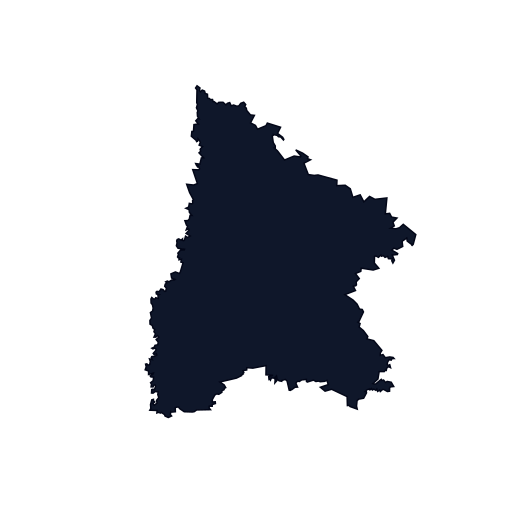 Umgungundlovu, KwaZulu-Natal, South Africa, rotated 68°
{"feature_id": "47623444B82303823139799", "entity_name": "Umgungundlovu", "entity_type": "district", "adm_level": 2, "iso_a3": "ZAF", "parent_name": "South Africa", "parent_adm1": "KwaZulu-Natal", "projection": "albers", "projection_center": [30.306, -29.53], "detail": "fine", "context": "isolated", "style": "filled", "palette": "ink", "viewbox_px": 512, "rotation_deg": 68, "n_neighbors": 0, "source": "geoboundaries", "source_scale": "gbopen_adm2", "svg_char_len": 6148}
<svg xmlns="http://www.w3.org/2000/svg" viewBox="0 0 512 512"><g transform="rotate(68 256 256)"><path d="M393.1,266.6L389.1,266.7L388.2,265.9L387.7,264.1L388.6,262.9L388.0,260.1L389.3,255.5L391.3,256.2L392.1,255.6L392.6,249.2L394.8,247.5L395.4,244.9L396.6,243.6L397.9,239.4L397.9,236.8L402.3,237.2L401.8,245.5L407.2,242.6L407.9,235.8L420.5,224.2L428.9,227.3L429.4,225.6L430.8,225.2L435.9,219.5L432.8,219.0L428.0,216.5L427.2,214.4L428.2,209.5L424.3,204.8L422.9,204.5L422.5,205.5L421.6,203.5L421.7,201.3L422.5,200.8L421.9,200.2L422.9,199.6L422.2,198.5L423.9,198.1L423.5,196.7L425.4,195.2L424.6,193.8L427.1,193.9L426.6,191.5L428.2,191.5L427.2,188.6L427.6,187.6L430.9,184.9L431.4,182.8L429.0,181.8L429.0,182.2L428.6,182.7L428.9,182.2L427.7,180.5L428.6,177.2L423.7,177.9L421.4,181.4L421.9,183.2L418.8,184.2L418.5,185.9L417.3,186.1L419.6,193.4L418.1,195.4L415.7,189.0L409.3,185.1L411.2,180.5L410.4,178.8L410.9,178.1L409.0,176.9L408.2,174.6L409.9,173.1L406.9,172.7L406.9,174.5L405.7,175.0L403.4,173.5L402.0,171.2L403.2,169.7L402.1,168.2L402.8,166.4L401.4,166.9L399.7,169.8L398.7,174.2L394.9,175.2L394.7,178.0L392.5,177.1L390.7,174.6L378.6,178.5L374.4,184.2L372.5,182.5L365.3,184.4L360.5,187.0L357.6,184.8L355.5,186.3L355.2,185.0L348.1,177.3L345.4,177.5L344.0,179.9L338.5,180.3L333.2,182.5L325.1,188.1L325.3,176.7L320.5,177.1L320.9,174.6L320.4,173.7L317.5,172.8L315.6,168.7L309.5,170.4L309.5,164.6L306.7,163.0L312.9,152.6L313.4,146.7L306.8,148.9L300.7,146.2L301.0,144.7L303.1,143.0L301.9,139.8L303.2,139.7L303.4,137.8L305.6,136.9L305.6,134.1L308.1,134.2L309.7,130.7L311.3,131.9L313.8,131.7L311.8,129.2L306.2,129.3L307.6,124.4L306.8,123.7L301.4,127.9L300.4,125.2L302.6,122.8L302.1,116.4L297.1,115.0L295.8,109.5L298.8,110.2L303.4,107.5L303.8,106.5L304.9,107.9L304.1,105.9L296.0,99.8L281.8,107.6L283.5,112.3L283.2,116.1L280.6,120.9L279.9,116.5L276.0,116.4L273.6,111.1L270.7,115.7L266.5,116.1L265.4,120.3L251.2,112.9L248.0,124.5L243.3,128.4L246.2,135.7L238.3,136.5L237.9,144.2L229.0,143.4L223.8,146.8L221.0,154.8L216.0,152.5L204.1,168.1L203.1,171.8L200.1,177.0L187.9,176.8L187.2,169.4L185.0,171.8L183.6,170.6L178.1,174.2L172.5,179.4L180.1,176.9L180.8,177.7L177.6,183.2L177.7,193.6L166.6,196.7L162.7,198.6L162.9,197.6L161.2,196.9L157.3,197.5L150.7,195.9L150.5,194.4L149.9,194.3L152.2,191.1L153.8,190.5L154.9,188.5L158.7,187.1L158.3,186.5L155.9,186.8L150.4,190.1L145.8,185.0L137.0,195.7L138.9,197.9L139.0,207.1L134.7,207.6L130.5,211.2L125.0,204.8L123.1,208.3L117.5,210.1L115.3,209.6L113.2,210.5L111.7,208.8L108.8,209.8L108.7,212.9L110.4,215.7L109.9,217.7L107.6,220.2L107.5,222.7L103.9,222.9L103.7,225.3L104.6,227.3L101.1,229.0L99.6,232.9L100.4,235.1L97.2,237.0L96.9,237.9L94.6,237.7L93.8,239.9L92.6,240.1L91.6,241.7L87.8,240.4L86.3,242.2L83.8,241.9L82.0,243.7L82.9,246.0L81.2,246.3L79.2,245.0L76.1,246.9L77.6,249.1L79.9,248.5L91.8,253.6L93.2,253.3L96.3,255.7L99.7,255.5L100.9,256.7L104.5,257.9L107.3,257.4L106.7,258.3L108.1,261.2L112.0,260.0L110.9,264.3L117.0,267.3L116.5,268.8L120.7,271.1L126.3,268.2L127.7,268.2L127.7,267.2L125.6,265.8L128.4,265.1L129.7,265.0L131.9,267.2L134.5,264.6L136.1,267.8L138.2,268.1L139.0,270.2L145.3,267.8L144.6,269.9L149.8,273.6L147.7,277.3L149.6,277.2L150.5,275.7L151.2,275.9L150.9,276.9L151.6,276.8L152.2,275.6L154.0,275.7L154.7,276.7L152.2,282.3L166.9,283.2L166.8,287.3L163.5,293.4L172.4,293.8L180.3,292.9L180.9,294.1L183.4,294.9L183.7,295.9L182.2,298.1L185.4,300.1L185.5,303.1L187.9,300.7L190.6,301.4L194.4,300.2L193.6,301.9L196.9,304.1L197.6,306.1L196.6,308.7L201.3,308.9L202.6,308.1L205.6,310.9L205.6,308.4L207.0,308.3L208.9,312.4L212.8,309.5L213.2,312.5L211.2,313.9L214.6,316.5L214.7,317.3L214.0,318.3L212.6,317.7L213.2,319.6L211.2,321.2L211.2,322.9L212.3,323.9L214.3,324.3L216.7,326.0L219.6,325.4L223.0,319.7L223.5,320.2L222.2,323.6L224.1,327.4L225.3,327.3L227.5,329.1L228.7,328.7L229.0,327.7L230.6,328.8L231.1,326.3L233.5,327.9L234.9,326.1L242.6,332.3L243.5,333.6L240.6,336.7L240.7,341.6L244.8,342.5L247.4,339.8L247.7,341.1L246.7,343.1L247.3,346.3L246.0,347.6L246.1,349.4L247.6,348.8L248.1,350.7L249.9,352.0L252.2,351.1L254.9,353.0L254.6,354.0L252.3,354.8L251.0,356.5L252.8,359.0L251.7,361.1L252.1,362.2L253.9,362.6L255.6,360.3L255.8,361.7L258.9,362.4L257.1,364.6L257.9,365.7L257.7,367.0L255.4,368.2L256.5,369.5L260.3,370.9L262.4,370.3L265.8,370.9L268.3,372.5L268.9,375.1L274.4,376.1L276.0,378.5L279.5,379.8L281.5,378.2L284.4,378.5L286.1,377.4L288.0,379.0L290.4,378.3L293.0,381.0L293.7,379.3L292.8,377.2L294.8,376.5L296.1,379.9L299.1,378.9L301.5,380.3L301.0,383.1L302.4,384.5L302.5,387.1L303.5,386.4L303.7,384.2L304.8,383.6L306.0,384.2L307.8,387.8L309.4,387.3L309.2,384.9L310.7,385.0L311.1,387.6L310.2,390.3L311.0,391.2L313.2,391.0L311.5,393.3L314.2,393.5L316.8,395.2L316.8,397.0L315.1,397.6L314.9,398.9L317.6,399.3L320.0,401.4L322.4,398.7L325.6,400.0L326.1,394.9L326.9,395.6L327.6,399.0L328.8,398.7L329.9,396.3L333.1,398.1L334.0,401.2L335.7,400.9L338.0,402.3L338.8,400.5L337.6,399.4L337.4,398.1L339.1,397.8L341.9,400.3L340.9,401.4L340.8,402.7L343.9,404.2L344.6,402.8L343.9,400.2L345.4,397.6L347.7,399.0L350.9,399.2L352.6,402.3L355.2,402.8L356.3,406.2L354.1,406.9L353.4,404.5L351.7,405.3L350.5,404.8L350.3,406.5L354.3,409.5L357.9,410.6L359.2,412.2L362.2,405.6L364.4,406.7L364.4,405.2L365.9,403.2L365.5,402.4L368.8,400.2L370.3,400.3L372.9,397.8L372.7,394.2L370.9,394.8L368.2,393.2L369.2,392.5L370.2,389.1L366.3,387.7L366.5,385.7L367.3,384.1L368.7,384.1L373.5,380.9L376.8,373.4L377.2,371.6L376.5,368.7L381.4,355.8L379.4,356.4L377.7,355.6L378.9,352.9L377.3,352.2L377.6,348.9L375.9,348.4L375.0,351.2L372.8,350.3L369.5,346.3L369.1,344.2L370.3,342.3L369.6,338.7L368.2,338.2L368.0,335.8L366.8,334.7L366.7,333.4L363.6,333.8L359.3,336.7L361.9,319.8L361.5,314.3L360.9,314.4L360.6,312.1L359.7,312.2L359.6,311.0L357.4,311.0L358.2,307.3L356.1,306.4L358.8,300.9L361.4,287.7L369.9,291.3L373.0,284.9L372.6,289.4L375.4,290.2L375.4,289.3L376.5,289.1L374.8,287.4L376.1,284.8L377.7,284.5L380.7,286.0L379.4,283.4L375.6,283.8L374.8,281.9L378.0,282.5L380.4,281.3L381.8,279.1L381.1,278.8L381.4,275.1L383.5,274.0L392.9,275.5L393.4,274.5L392.5,274.0L393.4,273.2L392.3,269.0L393.1,266.6Z" fill="#0f172a" stroke="#020617" stroke-width="1.5"/></g></svg>